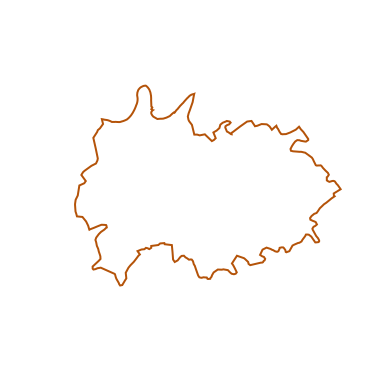 Quwisna, Al Minufiyah, Egypt (Equal Earth projection), rotated 234°
{"feature_id": "37247803B73326223517768", "entity_name": "Quwisna", "entity_type": "district", "adm_level": 2, "iso_a3": "EGY", "parent_name": "Egypt", "parent_adm1": "Al Minufiyah", "projection": "equal_earth", "projection_center": [31.193, 30.56], "detail": "fine", "context": "isolated", "style": "outline", "palette": "amber", "viewbox_px": 384, "rotation_deg": 234, "n_neighbors": 0, "source": "geoboundaries", "source_scale": "gbopen_adm2", "svg_char_len": 6065}
<svg xmlns="http://www.w3.org/2000/svg" viewBox="0 0 384 384"><g transform="rotate(234 192 192)"><path d="M181.9,317.0L181.4,312.6L182.4,306.5L183.6,302.1L185.7,298.9L186.1,298.7L186.5,298.2L189.2,298.2L192.5,298.7L193.9,298.6L196.0,299.2L195.9,297.4L195.4,293.2L199.4,293.3L202.3,292.5L203.1,291.9L206.1,288.2L207.2,283.8L208.2,281.6L209.2,281.7L214.5,281.9L216.6,278.0L216.7,270.4L216.7,269.1L216.5,260.5L216.6,258.8L215.8,258.2L215.4,258.0L215.8,257.6L218.8,256.6L220.4,255.8L224.6,256.8L225.5,257.7L225.5,259.7L224.9,261.7L225.4,264.0L226.8,263.9L229.0,261.9L229.1,261.1L230.0,257.5L229.8,254.5L227.6,251.7L227.3,248.8L227.2,248.2L227.6,244.3L221.6,242.8L221.2,240.3L221.5,238.0L230.4,236.4L231.1,236.3L233.3,231.5L235.3,230.0L237.1,227.6L244.6,230.7L246.4,231.4L250.9,231.3L252.5,231.6L255.5,233.0L256.0,233.6L257.6,235.5L259.5,238.4L264.3,245.3L269.7,251.0L270.1,251.5L270.3,250.8L270.6,250.1L270.8,249.7L270.9,249.2L271.1,248.6L271.1,248.0L271.2,247.8L271.2,247.2L271.2,246.6L271.1,246.1L271.1,245.5L270.9,244.9L270.7,243.2L270.4,241.8L270.0,239.9L269.7,238.7L269.6,238.2L269.3,237.3L269.2,236.3L268.9,234.6L268.7,233.4L268.6,232.8L268.4,232.2L268.1,231.0L267.8,229.8L267.6,229.2L267.5,228.7L267.5,228.1L267.4,227.6L267.2,227.0L267.0,226.2L266.6,225.3L266.5,224.8L266.4,224.4L266.6,224.3L266.7,224.2L266.9,224.2L267.0,224.2L267.0,223.3L267.0,222.8L266.9,221.9L266.9,221.4L266.8,221.0L266.7,220.0L266.5,218.9L266.6,218.1L266.8,217.1L267.0,216.0L267.2,215.0L267.7,213.5L268.0,212.6L268.3,211.8L268.8,211.0L269.7,209.7L270.6,208.3L271.4,206.9L275.7,205.0L275.8,205.0L276.6,204.9L277.2,204.9L277.7,204.9L278.5,205.0L279.1,205.1L279.6,205.3L280.0,205.5L280.3,205.9L280.6,206.1L280.8,206.6L281.0,207.0L281.1,207.4L281.2,207.6L281.2,208.0L281.2,208.5L281.6,208.2L282.0,208.1L282.6,207.9L282.9,207.8L283.1,208.3L283.2,208.7L283.4,209.1L283.7,209.6L284.1,209.6L284.3,209.5L284.6,209.4L284.9,209.3L287.3,210.9L290.3,212.9L291.1,213.5L291.9,214.1L292.7,214.6L293.9,215.4L295.2,216.0L296.0,216.4L296.9,216.8L297.8,217.1L298.7,217.3L299.0,217.4L299.7,217.6L300.4,217.7L301.1,217.7L301.8,217.7L302.5,217.7L303.2,217.6L303.9,217.5L304.6,217.3L305.2,217.1L305.6,216.6L305.8,216.1L306.1,215.6L306.4,214.8L306.5,214.2L306.6,213.7L306.7,213.1L306.8,212.5L306.8,212.2L306.8,211.9L306.8,211.3L306.7,210.7L306.6,210.2L306.5,209.9L306.4,209.3L306.3,209.0L306.2,208.8L305.8,208.0L305.2,207.2L304.8,206.6L304.4,206.1L303.9,205.7L303.4,205.2L302.9,204.8L302.4,204.4L301.8,204.1L300.4,203.4L299.4,202.8L298.5,202.1L298.0,201.7L297.4,201.1L296.9,200.6L296.4,200.0L295.7,199.1L295.3,198.4L295.0,197.9L294.3,196.9L293.6,195.8L292.6,194.1L291.7,192.3L290.8,190.4L290.6,189.8L290.3,189.0L289.8,187.6L289.6,186.7L289.4,185.8L289.2,184.9L289.1,183.9L289.0,183.4L289.0,182.5L288.9,182.0L289.1,181.1L289.2,180.6L289.4,179.6L289.7,178.5L290.0,177.5L290.4,176.5L290.7,175.5L291.2,174.4L292.4,172.9L293.4,171.7L294.7,169.9L295.7,168.4L296.7,167.9L297.5,167.5L298.4,166.9L299.4,166.2L300.0,165.7L300.6,165.1L301.2,164.5L301.7,163.9L302.2,163.5L303.0,162.8L303.9,161.9L303.2,161.6L299.3,160.0L297.6,154.9L297.4,152.2L296.3,150.5L293.8,144.0L283.8,139.7L274.5,135.5L273.1,134.0L271.5,131.1L272.3,126.0L272.3,121.0L272.3,117.6L272.1,115.6L271.1,113.1L270.8,112.5L263.3,112.5L262.4,110.0L263.5,104.7L256.3,97.5L254.1,93.3L251.0,90.3L250.0,89.6L244.7,86.3L242.2,85.5L239.9,84.6L236.2,88.7L230.4,89.0L225.8,88.2L222.2,86.9L221.8,86.8L221.7,87.7L220.7,91.4L220.0,94.4L219.4,96.8L218.7,99.5L216.9,101.8L215.7,103.1L215.1,103.0L213.4,102.2L213.5,101.8L213.1,98.9L213.2,94.9L212.7,91.8L211.4,87.7L210.0,85.7L207.6,84.9L204.4,83.4L201.2,82.7L198.6,81.6L196.0,80.8L193.9,80.1L191.6,78.6L191.1,75.9L190.1,67.8L188.4,66.6L187.2,66.7L186.3,68.7L185.9,70.7L184.4,73.7L171.2,81.3L170.6,81.3L167.7,80.2L166.2,79.8L161.5,79.3L160.1,78.9L158.6,78.9L157.7,80.9L159.9,86.0L160.7,88.1L165.6,90.9L168.1,96.1L168.9,99.1L169.7,103.9L171.0,108.3L171.9,111.1L172.1,113.1L176.2,113.2L175.2,117.3L173.7,119.9L173.9,121.9L172.4,123.2L171.5,123.5L170.9,123.9L170.8,126.2L172.3,127.3L168.9,133.6L169.1,136.0L166.9,139.6L165.8,139.2L160.9,144.5L154.8,140.9L148.5,137.0L145.5,136.9L145.1,140.2L146.2,144.0L146.4,146.0L145.2,148.0L142.9,148.3L141.7,148.9L139.0,149.8L138.1,151.5L137.4,152.1L135.4,152.1L132.5,151.0L130.7,150.9L127.2,149.8L120.8,147.9L118.7,147.8L117.8,148.5L116.9,149.4L116.3,151.1L115.4,152.1L114.4,153.4L114.1,153.7L112.6,153.5L112.1,154.0L111.1,155.7L111.4,156.0L112.0,158.1L112.8,159.1L114.2,162.2L114.1,167.3L111.6,170.5L111.0,171.9L107.7,175.1L104.8,175.5L102.6,176.0L100.8,177.6L100.2,179.3L100.7,181.0L105.1,181.8L108.6,182.3L110.7,182.3L114.0,190.9L108.0,195.1L107.1,195.4L105.6,195.7L102.4,196.3L100.6,195.5L98.6,196.1L94.4,206.1L93.6,207.4L93.5,208.1L94.1,209.5L94.0,210.5L94.9,211.9L97.2,212.0L98.7,211.0L101.1,210.1L103.9,215.2L103.2,219.6L99.6,222.2L98.7,222.5L97.2,223.5L95.1,224.4L93.6,225.7L93.3,227.0L94.7,229.5L95.3,230.1L94.6,231.8L93.7,233.1L92.8,233.4L90.2,233.4L88.4,232.6L87.8,232.9L86.9,236.0L89.1,240.8L89.6,241.8L89.3,243.8L88.4,247.9L88.0,248.6L87.8,249.2L87.6,251.5L88.4,253.2L89.8,257.7L90.6,259.1L90.0,260.1L88.8,261.4L85.8,262.3L78.8,262.1L78.5,262.4L77.2,264.7L77.2,265.7L78.1,266.4L80.4,266.8L83.4,266.6L90.7,267.5L91.6,267.9L92.4,269.9L92.1,271.9L92.3,274.0L94.9,274.4L96.1,273.8L97.6,272.8L100.0,271.5L101.5,272.2L102.3,274.6L102.5,278.0L101.8,280.4L102.4,282.4L103.7,285.8L104.0,288.2L104.5,291.6L104.4,294.3L104.6,298.0L104.8,301.1L104.7,304.9L105.7,304.7L107.5,305.8L106.9,313.9L111.9,314.0L113.7,313.7L116.4,313.8L117.2,313.5L117.9,312.9L118.5,311.9L119.4,309.2L120.3,308.6L122.1,307.9L124.7,309.7L124.7,310.7L125.5,312.8L127.6,313.2L130.7,312.6L132.9,312.3L134.6,312.1L136.7,312.1L137.9,311.8L138.5,310.8L139.4,309.5L140.0,308.5L140.9,307.9L145.6,308.7L147.4,309.1L149.4,309.2L157.2,306.7L160.2,304.1L161.4,302.5L165.6,297.6L167.2,296.3L168.9,297.0L170.3,299.7L171.4,302.5L172.2,305.2L172.1,307.6L170.9,309.2L169.4,310.2L166.4,313.1L165.8,313.8L165.7,316.5L166.6,317.2L175.1,317.4L178.9,316.9L181.3,317.0L181.9,317.0Z" fill="none" stroke="#b45309" stroke-width="2"/></g></svg>